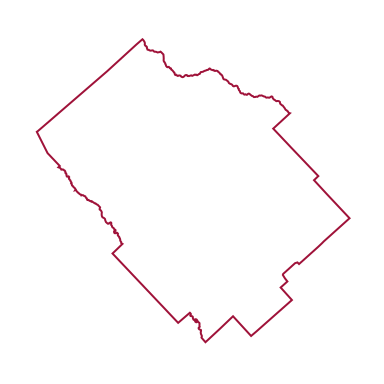 the district of Chivilcoy, Buenos Aires, Argentina, rotated 184°
{"feature_id": "61730980B82313314600145", "entity_name": "Chivilcoy", "entity_type": "district", "adm_level": 2, "iso_a3": "ARG", "parent_name": "Argentina", "parent_adm1": "Buenos Aires", "projection": "mercator", "projection_center": [-59.874, -34.908], "detail": "fine", "context": "isolated", "style": "outline", "palette": "rose", "viewbox_px": 384, "rotation_deg": 184, "n_neighbors": 0, "source": "geoboundaries", "source_scale": "gbopen_adm2", "svg_char_len": 6007}
<svg xmlns="http://www.w3.org/2000/svg" viewBox="0 0 384 384"><g transform="rotate(184 192 192)"><path d="M196.7,60.5L185.7,71.4L185.3,71.1L184.6,70.2L184.8,69.2L185.0,69.0L185.1,68.6L184.7,68.2L183.3,68.1L182.9,67.9L182.5,67.5L182.3,66.1L181.7,64.9L181.4,64.6L180.8,64.6L179.9,65.3L179.0,65.3L178.4,65.0L178.1,64.6L179.4,64.1L179.9,63.4L179.7,62.9L178.9,62.4L178.3,62.4L177.8,62.9L177.0,63.1L176.4,62.5L175.7,62.1L175.4,61.7L175.3,61.0L175.2,58.7L174.9,58.1L175.4,57.4L175.8,57.1L175.9,56.9L175.8,56.2L175.4,55.7L174.8,55.3L173.6,55.1L173.4,54.8L173.3,54.1L173.5,52.7L173.3,51.6L173.2,51.1L172.7,50.2L172.3,49.5L172.1,48.9L172.2,48.2L172.4,47.6L172.3,47.3L168.1,43.1L154.7,57.4L142.4,70.9L123.0,52.5L118.0,57.4L84.8,91.2L96.9,102.9L90.6,109.4L93.3,112.4L95.6,115.6L95.3,116.7L84.2,128.2L81.9,129.1L80.2,127.6L62.1,146.3L58.8,149.9L57.1,151.9L33.0,176.8L57.2,199.2L71.1,212.3L67.1,216.7L95.5,242.6L115.4,260.9L99.8,277.4L101.0,277.7L101.4,278.1L101.7,278.7L102.1,279.2L102.7,279.5L103.3,280.1L104.1,280.4L104.6,280.9L105.3,282.0L107.6,284.6L108.4,284.8L108.8,285.2L109.8,285.9L110.2,286.3L110.7,288.1L111.2,288.4L111.7,288.7L112.9,288.8L114.1,288.5L114.6,288.7L115.7,289.5L117.0,290.1L117.3,290.6L117.8,291.0L118.1,291.5L118.2,292.0L118.4,292.5L119.1,292.9L119.5,292.8L120.0,292.5L121.0,291.7L121.6,291.4L122.9,291.6L124.3,291.3L124.9,291.5L125.8,292.2L127.2,292.4L127.9,292.7L128.6,293.0L129.4,293.2L130.7,292.9L131.4,293.0L132.0,292.7L133.4,291.5L134.7,291.6L135.5,291.2L136.8,291.0L137.3,291.3L137.7,291.7L138.2,292.0L139.1,292.1L139.7,292.6L140.7,293.2L141.3,293.8L141.7,294.0L142.3,294.1L142.8,293.9L143.2,293.6L143.5,293.1L144.0,292.8L144.6,292.8L145.3,293.2L146.6,292.8L147.4,293.4L148.1,294.0L149.4,293.8L150.0,294.0L150.8,294.6L151.3,296.0L152.2,296.8L152.5,297.5L152.5,298.1L153.1,298.5L153.4,299.1L153.9,300.4L154.4,300.9L155.0,301.1L155.6,301.1L157.6,300.3L158.5,300.6L159.2,301.5L159.6,301.9L160.4,302.3L161.3,302.5L161.6,302.7L162.0,302.8L162.8,303.3L163.6,304.7L165.9,306.3L168.0,306.6L168.6,307.1L169.7,309.6L170.1,310.4L170.7,310.9L171.1,311.0L171.6,311.7L172.3,311.9L173.0,313.0L173.6,313.3L174.4,313.8L174.9,314.5L176.2,314.7L177.2,314.4L177.8,314.4L178.2,314.8L178.7,314.7L179.3,315.2L180.1,315.0L182.1,315.7L182.6,316.3L183.2,316.4L183.8,315.8L184.3,315.2L184.7,314.9L185.5,314.8L186.2,314.5L186.7,314.1L188.0,313.7L189.5,312.7L191.6,312.2L192.0,311.6L192.2,310.9L192.6,310.3L193.2,310.2L194.3,309.3L194.9,308.9L195.3,308.9L195.8,309.3L196.2,309.3L196.6,309.1L197.1,309.3L197.4,309.3L198.0,308.9L199.9,307.9L200.6,308.1L200.9,308.3L201.8,308.0L202.4,307.7L203.2,307.4L203.8,307.6L204.5,307.4L204.9,307.7L205.2,308.2L205.9,308.3L206.7,308.1L207.2,307.7L208.0,306.7L208.8,306.1L209.3,305.9L210.3,306.1L211.1,306.6L211.5,307.2L212.5,307.4L213.3,307.3L213.9,306.9L214.3,306.8L215.0,307.3L215.6,307.3L216.2,307.9L216.6,307.6L217.0,307.7L217.6,308.8L217.9,309.9L218.5,310.2L218.8,310.7L220.3,312.2L221.0,312.5L221.4,313.1L221.5,313.6L221.9,313.6L222.2,314.0L222.8,314.0L223.3,314.7L223.7,314.9L223.9,315.2L224.6,315.1L225.1,314.8L225.6,314.9L226.5,315.8L226.8,316.3L227.1,317.3L227.5,317.7L227.6,318.4L228.0,318.8L228.3,319.5L228.9,319.9L229.0,320.3L229.3,320.6L229.5,321.4L229.5,323.0L229.6,323.6L229.7,324.8L230.1,327.2L232.7,329.5L233.3,329.8L233.8,329.4L236.1,328.8L237.4,329.3L238.1,329.4L238.8,329.3L239.5,329.4L240.8,330.5L241.5,330.5L243.1,330.1L244.2,330.3L244.7,330.5L245.0,330.8L245.7,330.8L246.3,330.9L247.0,332.3L247.0,333.0L247.3,333.8L247.9,334.0L248.3,334.6L248.9,334.8L249.4,335.6L249.4,337.2L249.7,338.1L250.2,338.9L251.3,340.3L252.1,340.9L257.7,335.3L285.0,306.6L349.7,242.3L351.0,241.2L338.8,220.7L325.7,208.7L327.0,207.3L326.7,207.2L326.3,207.2L325.9,207.2L325.3,206.8L324.6,206.1L324.3,205.9L324.1,205.6L323.9,205.2L323.7,205.2L323.1,205.5L322.7,205.3L322.1,205.4L321.9,205.2L321.6,205.2L321.2,204.8L320.8,204.5L320.5,204.5L320.3,204.3L319.9,203.8L319.9,203.5L319.5,202.8L319.7,202.3L319.6,202.1L318.9,201.7L318.6,201.3L318.6,200.7L318.4,200.5L318.4,199.9L318.1,199.4L318.1,199.0L318.0,198.8L317.6,198.6L316.9,198.7L316.6,198.9L316.2,199.0L315.7,198.5L315.9,198.1L315.7,197.5L315.5,197.3L315.7,196.9L315.7,196.7L315.4,196.2L314.8,195.7L314.6,195.5L314.5,195.4L314.3,195.1L314.1,195.0L314.1,194.6L313.8,194.3L313.5,193.7L313.0,193.2L313.0,192.8L312.9,192.7L313.2,192.2L312.8,191.7L312.5,191.6L312.4,191.4L312.3,190.6L312.2,190.3L311.6,189.7L311.1,189.5L310.8,189.2L310.5,188.5L310.2,188.3L309.8,188.2L309.5,188.0L309.0,187.4L308.7,187.2L308.6,186.7L308.2,186.3L308.5,186.0L308.7,185.6L308.4,185.7L307.8,185.6L306.7,184.3L306.4,184.1L306.0,183.6L305.6,183.5L305.4,183.2L305.0,183.1L304.6,182.6L303.9,182.1L303.1,181.7L302.4,181.6L302.1,181.3L302.1,180.9L301.9,180.9L301.4,181.2L300.8,181.2L300.1,181.1L299.7,180.7L299.2,180.5L298.4,180.3L298.1,180.2L297.5,179.0L297.2,178.7L296.8,178.6L296.4,178.2L296.4,177.7L296.3,177.4L296.0,176.9L295.7,176.7L294.6,176.9L294.4,176.7L294.0,176.3L293.5,176.0L292.8,176.0L292.5,175.9L291.9,175.4L291.6,175.3L291.3,175.8L291.1,175.7L290.5,175.2L290.3,175.1L289.1,174.5L288.5,174.0L288.2,173.9L287.7,174.0L287.1,173.7L286.8,173.3L286.6,173.3L285.8,172.8L285.2,172.7L284.4,171.9L282.6,170.3L283.0,168.5L282.8,168.0L282.2,167.7L281.6,167.2L281.0,166.4L280.7,165.8L280.5,165.1L280.6,164.1L280.5,162.8L280.2,161.6L279.5,160.5L278.0,159.9L277.2,159.3L276.8,158.8L276.6,157.8L275.8,156.1L274.6,155.1L273.7,154.5L272.8,154.6L272.4,155.3L271.1,156.0L270.5,155.8L270.3,155.0L270.4,153.6L269.7,152.9L269.5,152.6L269.4,152.0L269.1,151.5L268.8,151.1L268.2,150.9L267.5,150.4L267.0,149.5L265.8,148.9L265.6,148.5L265.7,147.8L266.0,147.6L266.9,147.5L267.0,147.2L266.9,146.5L266.7,145.9L266.1,145.5L265.7,145.5L264.8,145.8L264.4,146.1L263.9,146.1L263.3,145.6L262.9,145.1L263.0,144.5L263.1,144.1L263.0,143.7L262.6,143.1L261.8,142.5L261.5,142.2L261.4,141.4L261.1,141.2L260.8,140.9L260.3,139.6L260.3,139.0L260.0,138.2L259.4,137.4L259.0,136.9L259.1,136.2L258.3,135.5L257.8,135.3L267.0,125.1L196.7,60.5Z" fill="none" stroke="#9f1239" stroke-width="2"/></g></svg>